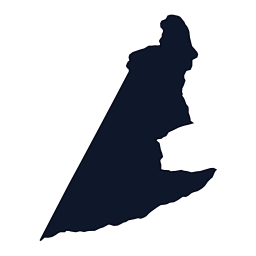 Água Doce do Maranhão, Maranhão, Brazil
{"feature_id": "56859067B66472645750335", "entity_name": "Água Doce do Maranhão", "entity_type": "district", "adm_level": 2, "iso_a3": "BRA", "parent_name": "Brazil", "parent_adm1": "Maranhão", "projection": "orthographic", "projection_center": [-42.139, -2.924], "detail": "fine", "context": "isolated", "style": "filled", "palette": "ink", "viewbox_px": 256, "rotation_deg": 0, "n_neighbors": 0, "source": "geoboundaries", "source_scale": "gbopen_adm2", "svg_char_len": 2062}
<svg xmlns="http://www.w3.org/2000/svg" viewBox="0 0 256 256"><path d="M40.2,240.6L44.3,236.9L48.2,237.0L51.8,236.3L54.8,234.7L58.1,232.4L60.3,231.5L64.6,231.5L66.1,230.1L69.1,230.2L71.0,230.8L75.9,231.5L79.9,230.5L84.4,231.3L86.6,230.6L89.4,230.2L94.7,230.1L97.5,228.7L100.2,227.5L102.8,226.8L108.5,223.8L110.5,224.1L113.8,225.2L117.4,224.9L120.8,223.3L122.8,222.1L125.9,221.2L128.3,219.6L134.0,218.5L138.1,217.4L140.7,218.0L143.7,216.9L145.8,215.7L148.5,212.9L151.2,210.7L156.2,207.1L158.3,205.7L160.7,204.3L165.0,203.9L167.5,203.2L169.3,202.1L173.8,201.5L177.7,199.4L182.6,196.0L185.9,196.2L188.4,194.8L190.7,192.8L192.9,191.7L197.5,190.4L201.7,187.8L204.4,185.4L207.3,181.2L210.2,178.3L211.9,177.0L214.3,171.5L215.8,169.7L213.4,168.6L210.4,168.8L200.1,171.8L196.6,172.1L191.6,173.1L186.9,171.8L183.6,171.4L181.4,170.6L175.1,171.7L173.2,171.7L170.8,172.1L168.7,170.9L164.2,170.7L160.5,169.8L160.6,165.0L159.7,161.7L159.7,159.7L162.3,156.7L161.5,153.5L160.2,150.0L158.9,143.4L156.9,141.8L155.3,139.8L157.9,138.4L161.2,138.1L162.8,136.7L165.8,135.5L168.2,131.7L172.5,129.8L178.1,127.0L182.3,125.5L184.8,124.8L188.4,124.0L192.4,122.9L190.0,121.2L189.8,119.0L189.3,116.8L187.9,112.6L188.0,109.3L187.7,107.1L185.7,104.6L184.1,100.1L183.2,98.2L181.4,95.8L182.0,93.9L181.3,92.1L181.6,88.2L183.2,85.0L184.7,80.5L183.5,77.9L183.5,75.1L185.9,70.3L190.1,69.2L191.6,65.8L191.7,59.5L196.7,56.9L197.4,54.5L196.7,52.6L194.5,49.9L191.4,46.4L189.2,37.4L188.7,32.1L188.0,29.8L186.6,26.9L184.7,24.6L183.9,22.5L179.9,17.5L177.9,16.5L172.6,15.4L170.0,15.5L168.0,16.2L167.2,18.0L165.9,19.8L162.0,21.3L160.9,23.4L161.1,26.9L163.0,28.7L164.0,31.1L162.5,34.6L162.4,37.2L160.8,39.1L159.7,41.0L160.8,43.4L160.8,45.8L157.4,46.2L155.2,46.0L151.8,46.4L148.9,46.4L146.5,47.9L144.4,49.1L140.7,50.1L136.9,51.4L132.9,52.8L130.0,55.0L129.3,57.3L130.2,60.8L128.4,62.1L127.4,64.1L126.7,66.0L127.8,67.7L129.5,69.1L129.5,71.8L127.9,74.7L115.8,97.7L106.3,115.6L100.5,126.5L98.8,129.7L95.0,136.8L81.9,161.3L74.5,175.0L68.9,185.4L40.2,240.6Z" fill="#0f172a" stroke="#020617" stroke-width="1.5"/></svg>